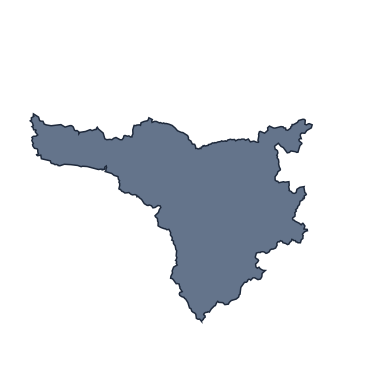 outline of Caylloma, Arequipa, Peru, rotated 71°
{"feature_id": "86281439B30825453994343", "entity_name": "Caylloma", "entity_type": "district", "adm_level": 2, "iso_a3": "PER", "parent_name": "Peru", "parent_adm1": "Arequipa", "projection": "albers", "projection_center": [-71.786, -15.701], "detail": "fine", "context": "isolated", "style": "filled", "palette": "slate", "viewbox_px": 384, "rotation_deg": 71, "n_neighbors": 0, "source": "geoboundaries", "source_scale": "gbopen_adm2", "svg_char_len": 6033}
<svg xmlns="http://www.w3.org/2000/svg" viewBox="0 0 384 384"><g transform="rotate(71 192 192)"><path d="M317.5,225.1L317.0,225.0L316.2,222.8L315.4,222.3L314.6,220.3L313.3,220.0L311.8,220.9L310.8,220.1L310.3,218.5L310.7,216.7L310.4,215.9L311.2,214.7L308.9,211.9L307.0,208.0L307.0,206.9L304.6,204.7L303.8,203.2L305.1,202.6L306.6,198.9L309.2,197.6L309.9,194.1L308.5,192.7L307.4,190.2L307.6,185.0L306.5,182.1L304.5,180.8L304.3,179.9L298.1,176.9L294.5,171.8L295.0,170.1L294.6,168.7L293.6,168.2L293.0,166.7L293.6,165.6L294.5,165.2L293.0,162.3L293.5,160.7L296.3,158.2L296.6,155.6L294.9,153.6L291.8,152.2L290.1,148.2L289.1,150.5L286.8,152.5L284.9,153.1L285.3,155.1L283.5,156.0L280.8,155.3L279.7,152.9L278.5,151.4L277.2,151.6L275.8,153.0L274.2,153.4L270.7,151.0L270.8,148.8L271.5,147.1L271.1,146.3L271.4,144.7L272.2,143.3L274.1,142.0L274.2,140.8L273.6,138.3L272.4,137.3L271.9,135.6L272.4,133.8L272.2,131.2L269.9,128.8L268.5,128.7L267.9,128.2L267.0,126.8L267.6,125.5L266.8,124.3L268.2,122.6L269.5,122.6L271.2,120.1L272.8,118.8L272.8,117.4L271.5,116.0L270.5,113.6L269.3,113.1L269.8,112.2L271.1,111.6L271.6,110.1L273.1,109.9L273.6,108.9L274.5,108.4L275.3,106.0L272.7,104.2L272.1,102.3L270.1,101.6L269.6,101.1L268.3,101.4L267.7,101.1L266.2,98.4L266.3,97.1L265.8,96.4L266.2,95.5L264.9,95.2L263.4,98.2L260.9,96.3L257.8,97.2L257.6,97.7L258.5,99.5L256.5,100.7L253.2,104.0L251.9,104.6L251.4,105.5L250.1,105.7L249.2,105.1L248.5,102.6L246.5,101.7L245.1,101.6L244.0,99.6L242.6,99.8L241.4,97.4L240.1,96.8L239.0,94.6L236.0,92.9L235.4,89.7L234.2,89.0L234.7,88.2L234.1,87.6L232.3,87.2L231.7,84.8L230.3,84.8L229.2,85.5L224.1,84.7L223.4,84.2L222.7,88.5L223.6,91.9L226.4,93.7L226.7,95.4L226.2,96.6L225.2,97.6L224.0,97.9L222.2,99.7L221.4,99.2L218.5,98.9L217.3,97.9L213.8,97.0L213.0,100.9L212.1,102.1L211.5,106.8L209.7,107.5L209.4,108.5L207.7,109.5L204.6,108.5L202.8,105.7L200.7,104.1L200.0,101.5L199.2,101.0L196.7,101.3L193.6,101.0L192.1,100.2L189.5,99.7L187.4,100.4L185.9,99.5L185.0,100.0L183.1,98.1L180.9,97.8L179.4,98.6L178.9,99.4L176.1,99.2L175.5,98.7L174.0,94.5L177.8,93.0L179.7,91.2L186.0,89.2L186.3,87.0L185.4,85.1L187.5,81.2L188.6,80.1L188.9,78.9L183.2,74.8L182.1,72.4L181.4,72.3L178.7,74.0L177.3,73.9L176.7,72.7L177.2,71.3L174.0,71.3L172.5,70.5L172.0,69.0L173.2,66.2L171.2,63.4L170.2,58.3L167.6,56.5L165.6,58.8L165.4,59.7L165.8,62.0L164.7,63.2L161.0,61.5L159.8,62.3L159.3,63.6L159.1,67.9L160.5,69.6L161.3,73.9L160.8,75.4L162.2,76.2L162.6,77.3L163.8,78.1L164.8,81.5L163.7,83.1L162.0,82.7L161.2,84.4L160.1,84.6L159.1,86.6L158.6,92.8L158.0,94.1L154.9,97.3L155.9,99.6L158.3,100.1L160.0,104.2L156.9,107.8L157.0,108.7L159.2,110.3L160.6,110.5L164.6,112.8L166.3,112.7L166.6,113.2L166.0,114.7L164.0,116.9L163.6,120.5L160.2,121.5L160.5,124.5L159.0,125.5L158.2,127.7L158.3,129.0L157.4,131.1L157.8,134.1L156.2,134.7L155.5,137.3L154.6,138.6L154.5,141.4L155.3,142.7L155.0,143.6L154.5,143.8L154.2,146.4L153.3,147.2L153.6,148.5L153.1,151.3L153.3,153.3L152.7,154.3L152.9,155.2L152.3,156.4L152.5,158.1L152.9,158.4L152.5,161.0L153.2,161.4L153.1,162.2L152.9,164.4L152.0,165.3L152.4,166.0L151.9,166.5L152.5,167.1L152.7,168.8L153.8,169.4L153.1,170.7L153.5,171.3L153.2,172.3L152.2,173.3L152.0,174.3L149.7,173.8L147.8,174.0L146.7,176.1L143.3,176.5L142.0,177.7L140.7,178.2L139.1,177.6L137.2,177.8L132.8,181.3L132.1,182.8L129.3,185.8L126.0,187.1L122.6,189.1L120.3,191.8L118.7,194.3L118.6,195.3L117.5,196.3L117.6,197.6L116.0,199.4L116.1,200.3L113.7,202.7L113.0,204.4L113.2,207.1L111.7,207.0L110.6,205.9L107.8,208.6L109.4,209.8L110.1,211.0L109.7,214.3L109.9,217.6L112.2,219.0L111.4,219.8L110.7,222.4L111.0,223.2L110.2,225.1L114.0,227.8L117.8,228.9L119.4,230.5L120.3,230.8L119.9,232.3L118.4,233.4L118.2,235.0L116.7,237.0L116.8,238.1L118.7,239.4L119.8,241.2L119.2,242.9L115.7,246.1L115.7,248.5L116.5,250.7L115.5,252.5L114.8,255.6L113.3,257.1L107.3,256.8L102.0,260.0L99.9,260.5L100.6,261.5L101.5,261.9L101.7,262.6L101.3,263.2L101.4,266.5L99.9,268.0L100.1,273.0L99.1,278.5L100.2,280.1L98.2,279.5L96.4,280.8L96.4,281.8L95.3,283.0L91.9,283.1L90.1,284.2L89.5,285.8L89.3,290.9L85.6,294.0L83.5,303.6L81.2,307.8L79.7,309.6L76.6,309.9L75.7,312.0L74.8,312.8L71.2,312.7L66.5,316.5L68.1,317.2L69.0,317.0L69.6,319.8L71.7,320.3L72.1,321.8L74.3,320.4L77.5,320.4L78.1,322.1L79.1,321.3L81.6,321.5L82.4,319.5L83.2,319.5L83.6,320.4L84.2,320.6L87.8,319.3L88.4,321.4L87.7,323.9L88.3,325.6L89.6,325.3L91.2,326.7L94.6,326.2L95.2,327.3L96.7,327.5L99.4,326.7L100.7,324.4L101.9,324.1L104.1,324.8L105.6,324.7L106.1,325.4L106.1,326.8L106.5,326.8L107.4,326.2L107.9,323.0L111.5,323.6L116.4,315.8L118.5,315.9L119.6,315.0L119.8,314.1L121.5,312.7L121.9,311.0L122.9,309.9L123.4,310.0L124.2,308.4L124.2,303.7L126.7,297.6L129.7,291.4L132.0,288.6L132.0,287.1L133.8,282.8L140.3,273.1L140.7,270.7L141.5,269.1L141.9,269.4L142.1,267.6L140.1,266.3L139.5,264.6L141.1,264.8L142.4,266.0L143.4,266.2L144.4,267.4L148.3,261.9L150.9,260.3L153.3,257.0L156.2,257.4L157.7,256.8L158.9,257.9L160.4,257.6L162.4,258.3L165.0,260.0L165.8,259.9L166.2,258.9L168.5,258.1L169.3,257.0L171.1,255.8L172.0,251.8L174.2,250.5L175.3,249.3L175.9,246.7L177.3,245.2L178.5,245.7L178.9,244.0L180.1,243.8L182.6,242.1L187.5,240.9L190.0,238.8L190.5,237.8L190.3,236.8L191.8,234.8L194.3,234.1L194.6,231.9L193.7,228.6L194.8,226.6L196.5,226.5L197.9,228.5L200.4,230.4L202.4,234.7L203.6,234.6L205.8,233.3L208.4,234.0L209.6,233.8L212.9,235.1L215.3,233.1L217.8,230.0L218.0,229.2L219.5,228.1L219.8,226.0L223.4,225.4L225.6,226.4L228.5,225.5L230.2,226.1L230.9,226.8L232.3,225.5L234.7,226.3L237.4,225.4L241.0,226.0L242.5,225.6L247.3,227.8L249.0,227.6L250.8,228.9L251.3,229.8L252.3,229.2L253.2,229.3L254.2,230.1L256.2,229.7L257.0,233.8L260.2,236.5L262.3,236.8L264.7,239.3L266.6,240.3L267.5,238.9L268.6,238.3L273.6,236.8L273.8,235.6L274.9,234.1L276.8,234.5L277.9,234.3L278.8,234.8L283.0,233.7L283.0,236.2L284.2,237.2L285.7,237.2L287.5,235.9L289.1,233.8L290.2,233.7L291.0,232.9L295.1,231.9L300.9,232.1L301.9,231.0L304.6,231.0L306.4,229.9L307.0,229.0L308.8,228.2L312.9,229.0L314.3,227.7L314.7,226.1L317.5,225.1Z" fill="#64748b" stroke="#1e293b" stroke-width="1.5"/></g></svg>